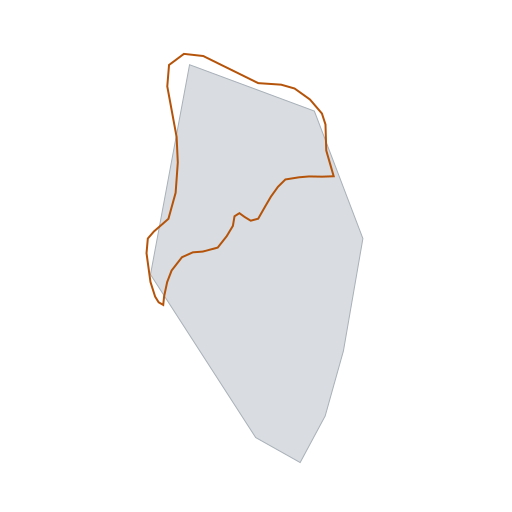 where South West sits in Singapore, rotated 81°
{"feature_id": "SGP-4872", "entity_name": "South West", "entity_type": "state/province", "adm_level": 1, "iso_a3": "SGP", "parent_name": "Singapore", "parent_adm1": "", "projection": "albers", "projection_center": [103.764, 1.348], "detail": "fine", "context": "in_parent", "style": "outline", "palette": "amber", "viewbox_px": 512, "rotation_deg": 81, "n_neighbors": 0, "source": "natural_earth", "source_scale": "10m", "svg_char_len": 867}
<svg xmlns="http://www.w3.org/2000/svg" viewBox="0 0 512 512"><g transform="rotate(81 256 256)"><path d="M435.3,284.7L257.8,363.1L56.7,291.7L122.0,175.7L255.5,147.7L363.4,184.5L424.8,212.7L466.9,244.7L435.3,284.7Z" fill="#d9dde1" stroke="#a8b0b8" stroke-width="1"/><path d="M289.8,355.3L286.5,359.4L280.3,362.0L265.1,364.3L236.1,363.7L221.8,360.1L215.8,353.0L205.6,336.7L181.0,325.5L151.4,318.6L126.1,315.8L74.6,317.1L53.7,312.0L45.1,295.6L50.2,276.9L85.6,226.8L90.7,204.4L96.6,191.7L109.9,178.2L125.6,168.6L137.0,166.8L162.8,170.1L189.4,166.8L188.0,178.2L185.7,191.2L185.0,201.2L185.0,215.0L191.1,223.5L199.6,231.9L208.0,238.8L219.5,248.0L220.3,255.7L215.7,261.1L211.1,265.7L213.4,271.0L222.6,274.1L231.8,281.8L241.7,292.5L243.3,307.9L242.5,317.8L245.6,329.3L257.1,341.6L267.8,347.8L281.6,353.1L289.8,355.3Z" fill="none" stroke="#b45309" stroke-width="2"/></g></svg>